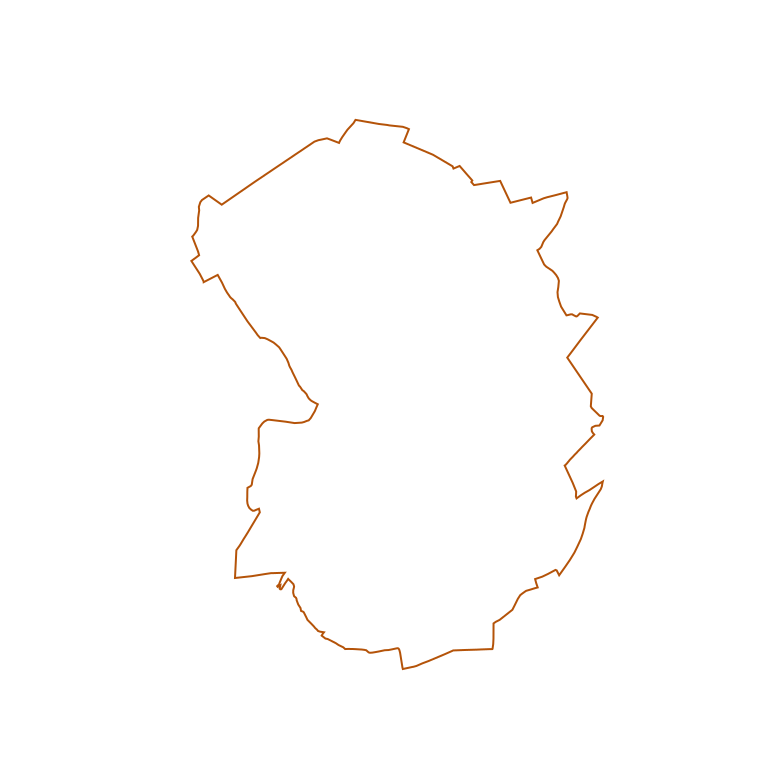 Cherechiu, Bihor, Romania (orthographic projection), rotated 207°
{"feature_id": "2599482B71781010068673", "entity_name": "Cherechiu", "entity_type": "district", "adm_level": 2, "iso_a3": "ROU", "parent_name": "Romania", "parent_adm1": "Bihor", "projection": "orthographic", "projection_center": [22.122, 47.408], "detail": "fine", "context": "isolated", "style": "outline", "palette": "amber", "viewbox_px": 768, "rotation_deg": 207, "n_neighbors": 0, "source": "geoboundaries", "source_scale": "gbopen_adm2", "svg_char_len": 5110}
<svg xmlns="http://www.w3.org/2000/svg" viewBox="0 0 768 768"><g transform="rotate(207 384 384)"><path d="M556.0,568.4L590.8,505.7L610.0,470.1L625.8,472.4L629.7,465.3L630.2,462.6L629.4,457.8L627.5,454.8L625.0,447.6L621.5,440.5L620.4,436.5L620.6,434.1L621.1,430.9L621.4,429.3L621.8,428.3L611.8,419.4L609.8,417.6L607.2,414.8L611.5,406.2L598.2,398.5L592.6,394.5L591.2,393.4L590.9,392.9L581.7,405.7L574.4,400.8L568.9,396.5L565.5,394.3L563.5,393.2L562.3,392.6L560.8,391.7L559.1,391.1L557.2,390.7L556.1,390.3L554.8,389.9L553.6,389.4L552.6,388.4L545.8,384.5L534.0,377.8L521.4,371.6L518.8,370.2L515.1,368.8L514.6,369.3L513.1,370.0L511.0,370.8L508.0,371.0L503.8,370.9L501.2,370.8L498.4,370.2L494.1,369.1L491.9,367.9L482.2,362.3L478.8,359.5L476.8,357.4L475.4,356.3L472.7,354.5L470.8,352.9L467.7,350.6L464.0,347.8L459.1,344.0L457.6,343.5L453.9,341.4L452.5,341.3L450.0,340.4L448.3,339.7L446.7,338.4L444.5,337.0L442.0,336.2L440.5,336.0L437.2,335.9L433.8,335.9L433.6,332.2L433.3,328.5L433.8,320.4L434.6,317.4L436.1,316.0L437.9,313.9L439.7,312.3L445.9,308.6L454.7,305.7L466.7,301.3L470.4,299.9L471.7,299.0L473.6,296.2L474.5,293.6L475.5,287.7L475.0,286.6L471.7,280.3L469.9,275.9L467.5,272.6L463.6,265.6L462.1,262.2L460.2,256.5L459.1,251.1L458.8,248.8L457.9,239.6L456.1,234.2L456.4,232.6L458.5,229.5L456.9,226.0L454.5,221.2L453.0,218.0L451.3,215.4L449.7,213.8L447.7,212.4L445.3,211.7L443.3,211.5L442.1,212.2L440.9,213.7L438.8,216.1L436.4,213.3L438.0,189.5L438.5,183.9L438.6,183.0L438.7,181.8L439.1,175.9L439.3,174.1L440.1,168.9L436.9,161.8L428.7,143.5L414.5,152.8L403.8,160.6L398.9,164.1L396.3,165.5L386.7,170.8L387.0,168.8L387.3,166.7L387.1,163.6L386.7,158.8L386.5,157.8L387.0,156.6L387.4,155.4L386.6,155.0L385.0,157.6L384.1,154.3L383.4,154.0L382.7,154.2L382.3,154.6L381.6,161.9L381.2,164.4L380.9,166.8L380.4,166.6L379.3,166.3L377.0,165.6L373.8,164.5L372.2,162.8L371.9,161.9L371.4,159.8L371.3,159.2L370.1,156.7L368.4,154.8L367.7,154.1L365.4,153.6L364.3,152.7L363.7,151.7L360.3,148.6L356.7,146.5L355.4,144.8L354.7,144.1L353.4,144.4L351.9,144.2L347.4,140.9L345.1,139.1L340.2,137.5L336.5,136.2L334.5,135.3L332.2,134.7L330.6,134.0L328.6,134.3L324.8,135.5L325.2,133.5L325.3,131.5L320.6,130.6L318.5,131.2L309.3,131.2L306.0,130.8L300.7,130.9L298.3,130.2L295.6,131.7L291.3,133.8L288.6,135.0L283.3,137.3L280.8,138.2L278.9,138.7L277.1,138.2L275.8,137.9L275.1,138.0L274.5,138.2L273.9,138.5L272.4,139.4L270.1,141.1L267.6,143.0L267.1,143.4L262.5,147.1L259.2,149.0L256.4,151.2L252.6,154.3L251.8,154.8L251.1,154.9L250.4,154.6L249.5,153.9L247.7,151.9L238.8,139.7L237.8,138.6L236.6,139.6L230.1,144.9L229.5,145.3L227.1,147.5L223.0,152.5L218.7,157.2L207.3,170.7L202.0,177.2L201.4,178.0L199.8,178.9L191.4,183.6L180.6,189.5L177.1,191.5L170.1,195.4L167.1,197.0L167.1,197.4L167.2,197.7L168.6,201.8L170.8,206.7L171.2,207.5L177.7,220.4L176.4,222.9L173.9,226.3L167.1,241.1L167.1,245.7L167.2,253.3L166.9,256.2L166.8,257.6L165.8,259.8L164.1,263.1L163.5,264.2L160.3,267.2L157.0,270.4L154.7,272.5L157.9,275.6L160.8,278.8L155.5,284.2L151.6,289.3L146.8,296.2L145.5,296.3L141.1,293.1L139.6,303.2L139.2,306.2L138.5,311.6L137.8,320.2L137.9,326.8L138.2,335.2L138.6,338.0L139.0,340.8L140.1,346.7L140.8,348.9L141.7,352.0L142.6,355.2L143.1,357.5L143.8,362.8L144.0,366.2L144.3,368.9L144.4,370.9L144.4,372.9L144.3,377.2L143.8,382.0L143.1,388.7L143.4,391.6L144.5,395.2L144.8,396.5L147.5,392.2L150.1,387.5L152.8,382.7L155.8,378.2L158.1,374.2L160.5,369.5L161.9,370.8L162.9,373.1L164.0,375.5L171.0,381.6L186.0,393.4L185.7,393.9L185.5,394.3L184.9,396.5L184.7,397.4L184.7,397.6L184.3,399.2L184.0,400.8L183.1,403.7L182.8,404.6L182.0,407.6L180.9,410.9L180.9,411.3L179.4,416.1L179.0,417.5L177.3,422.8L175.4,429.1L174.3,432.5L173.7,434.4L175.7,435.2L176.7,435.8L177.4,436.3L177.9,437.1L178.6,438.2L178.9,439.0L178.8,440.0L176.7,442.7L173.2,444.8L172.7,450.9L173.8,454.2L174.7,454.7L176.4,453.8L177.5,453.6L186.2,456.3L188.1,456.9L189.6,458.0L194.5,469.7L232.7,490.7L231.0,500.1L228.7,513.3L228.2,515.9L223.7,540.2L225.1,540.3L229.8,540.1L241.5,535.8L242.4,532.9L243.0,531.7L243.7,531.4L244.6,531.4L246.6,531.4L247.9,531.5L249.3,530.8L251.8,528.6L252.6,528.0L261.3,533.3L265.1,536.9L268.5,540.4L271.1,544.6L272.7,549.5L275.0,555.3L277.1,557.4L280.0,559.2L282.8,560.4L285.3,561.3L292.7,562.2L294.2,562.7L295.6,563.2L308.1,572.8L306.8,575.0L306.1,577.6L306.5,582.8L306.3,585.0L303.9,596.1L303.5,599.0L302.4,605.2L302.6,607.8L302.7,613.5L304.1,623.2L304.7,626.3L304.8,627.5L304.7,631.8L304.8,632.6L304.9,633.1L306.1,634.8L307.8,637.0L308.4,637.8L311.5,635.0L316.4,630.6L321.2,626.4L323.4,624.5L326.1,621.9L333.8,612.8L337.6,616.9L353.6,602.9L372.7,617.7L387.4,607.0L388.6,606.1L394.1,602.1L397.9,603.6L397.7,605.4L405.5,608.5L411.4,610.9L415.6,612.6L419.9,607.5L421.7,609.1L444.5,610.5L476.2,608.2L477.5,622.4L479.8,622.3L484.0,621.7L486.6,620.7L496.5,616.9L498.9,616.2L506.5,613.4L529.3,606.4L529.6,602.6L532.0,594.0L532.5,590.7L532.9,587.8L533.3,585.0L533.4,583.7L533.5,582.3L533.6,581.5L533.6,580.7L533.6,579.9L533.6,579.5L533.5,578.5L533.5,578.4L542.2,577.5L544.6,577.2L546.3,577.0L550.7,573.4L553.1,571.5L556.0,568.4Z" fill="none" stroke="#b45309" stroke-width="2"/></g></svg>